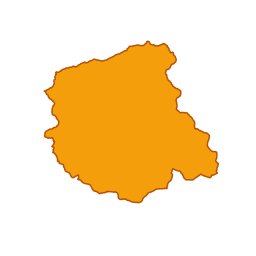 the district of Pallatanga, Chimborazo, Ecuador, rotated 59°
{"feature_id": "8360857B6755122070607", "entity_name": "Pallatanga", "entity_type": "district", "adm_level": 2, "iso_a3": "ECU", "parent_name": "Ecuador", "parent_adm1": "Chimborazo", "projection": "albers", "projection_center": [-78.941, -2.017], "detail": "fine", "context": "isolated", "style": "filled", "palette": "amber", "viewbox_px": 256, "rotation_deg": 59, "n_neighbors": 0, "source": "geoboundaries", "source_scale": "gbopen_adm2", "svg_char_len": 5742}
<svg xmlns="http://www.w3.org/2000/svg" viewBox="0 0 256 256"><g transform="rotate(59 128 128)"><path d="M151.3,195.0L153.2,193.7L156.4,190.2L157.6,189.8L158.7,189.7L162.7,190.0L164.7,189.4L165.7,188.2L166.8,187.4L167.6,187.2L168.0,186.7L169.4,186.5L169.8,185.8L170.2,184.1L170.6,183.4L170.5,182.9L171.5,181.3L171.5,180.1L172.0,179.2L171.6,178.7L171.6,178.4L172.6,177.5L173.2,176.2L176.0,172.7L176.0,171.9L177.7,170.8L178.6,170.6L180.5,170.9L182.5,172.1L183.2,172.2L183.6,172.2L184.5,171.9L185.5,171.0L185.8,170.6L186.4,168.6L187.4,167.7L187.6,166.5L187.9,166.3L188.8,166.3L189.1,166.2L191.2,164.1L193.4,162.7L197.4,157.4L197.7,156.6L198.0,154.3L195.9,151.0L195.6,150.3L195.4,147.4L194.3,144.4L194.2,142.8L194.6,141.8L194.9,140.2L195.0,139.0L194.9,135.6L195.2,134.7L195.8,133.3L197.7,130.0L198.9,127.2L199.9,126.0L199.7,125.4L198.6,125.1L198.2,124.7L197.5,123.6L196.3,122.8L196.1,122.4L195.1,120.3L195.2,119.6L194.9,118.0L192.5,115.2L191.1,113.9L190.4,113.8L189.2,114.1L188.9,113.9L186.9,111.8L186.1,110.9L186.0,110.6L186.3,110.3L188.3,109.1L189.6,108.1L191.6,106.0L192.3,105.6L192.8,105.5L194.0,105.7L195.3,105.3L196.1,105.1L198.7,105.7L200.4,105.6L202.5,104.9L202.8,104.3L203.3,103.0L205.0,100.8L205.6,99.7L205.9,98.9L205.6,96.7L205.3,91.2L205.0,89.5L207.2,88.2L208.4,87.3L212.7,83.5L212.9,83.1L212.5,81.6L211.8,81.0L211.6,80.6L212.2,79.7L212.3,79.2L212.6,75.7L212.8,74.9L212.0,74.6L210.5,74.6L210.2,74.4L209.9,73.6L208.2,72.5L207.2,70.9L206.5,70.3L205.8,70.0L205.6,69.4L205.2,69.0L204.7,69.0L202.9,69.7L201.5,69.8L200.5,69.1L200.0,68.3L199.8,67.7L199.5,67.4L198.9,67.2L198.4,66.9L197.8,66.4L196.1,65.2L194.6,64.6L193.6,64.9L191.8,67.4L191.2,67.9L190.2,68.4L189.3,68.7L186.0,69.2L185.0,69.2L184.3,69.0L184.0,69.1L182.6,68.1L181.4,67.2L179.0,64.2L177.4,62.7L176.8,62.3L176.1,62.2L175.0,62.3L172.7,63.1L171.8,64.7L171.4,65.1L170.0,65.7L168.6,66.8L167.9,67.0L166.9,68.1L166.2,68.2L164.6,68.9L163.6,70.0L163.4,70.4L163.5,70.7L163.3,70.8L162.9,70.9L162.2,70.8L161.0,70.1L160.2,69.8L158.8,68.7L157.6,68.0L156.8,67.8L154.4,68.1L151.9,68.0L150.7,68.4L149.7,68.9L147.9,69.0L146.9,69.5L145.8,69.5L144.3,71.1L142.5,73.6L142.2,74.7L141.9,75.3L141.2,75.6L139.4,75.9L138.5,76.6L137.4,76.6L137.1,76.8L136.5,76.6L134.9,75.1L133.8,74.3L130.9,73.1L129.8,72.9L128.3,72.0L128.0,71.4L127.6,71.0L127.4,70.2L127.4,69.9L127.7,69.1L127.3,67.7L127.4,66.7L127.2,66.3L125.4,64.9L124.4,64.4L123.7,63.8L121.9,64.2L121.7,64.5L121.2,64.8L120.2,65.1L119.7,65.7L118.7,66.4L118.0,66.7L117.5,67.3L116.1,67.4L115.1,68.0L114.7,68.0L113.9,67.7L112.5,68.2L111.9,67.9L111.2,67.8L110.1,68.1L109.4,68.0L108.5,68.7L107.4,68.8L104.9,68.6L103.9,68.1L103.2,68.0L102.6,67.6L102.2,67.5L101.2,67.9L99.8,67.3L98.6,66.0L98.0,65.1L98.5,62.1L96.7,59.0L96.0,58.2L96.0,57.8L96.4,55.7L95.8,53.3L95.5,52.6L94.4,51.6L93.8,51.3L90.8,50.8L90.5,50.8L89.5,51.3L88.5,51.1L87.2,50.5L86.8,50.5L85.8,51.0L85.7,52.6L85.4,52.8L83.8,52.5L82.8,52.7L81.8,52.3L80.7,52.2L79.7,52.0L78.8,52.5L77.8,52.0L77.5,52.0L76.6,52.7L75.5,52.9L74.8,53.3L73.7,54.3L73.8,55.8L73.2,59.7L72.5,60.5L72.3,61.6L72.1,61.9L71.4,62.2L71.0,62.7L70.3,62.8L70.0,63.0L69.3,64.4L68.3,65.2L67.3,65.6L66.3,65.7L65.3,65.4L64.3,65.9L63.7,66.8L63.7,67.4L63.8,67.6L64.3,67.8L64.5,68.3L64.8,70.0L65.2,71.8L65.1,72.6L64.5,73.5L64.3,74.3L62.4,76.1L62.1,77.2L61.4,77.8L61.3,78.1L61.1,79.4L60.4,81.0L60.1,82.2L59.5,83.5L58.8,84.5L59.1,85.5L59.7,86.9L59.8,88.0L60.7,88.8L60.9,89.4L60.2,90.9L60.0,95.0L60.1,96.9L59.5,98.6L59.0,101.0L59.2,103.5L58.9,105.6L58.9,107.3L58.7,107.7L58.5,108.9L58.8,111.2L58.0,113.0L57.3,115.7L56.1,117.1L54.8,118.1L54.1,119.3L52.4,120.6L51.4,122.1L51.6,123.5L51.3,124.5L51.3,125.2L50.8,126.5L50.9,127.6L51.0,127.8L51.1,128.8L50.6,130.4L49.2,131.1L49.1,131.3L49.1,133.1L48.5,135.1L48.8,136.8L48.5,138.2L48.8,139.1L48.8,141.2L47.8,142.3L46.8,142.9L46.8,145.2L46.0,146.2L45.9,148.5L45.2,149.1L44.7,150.5L44.6,151.0L44.9,151.7L44.2,153.5L44.1,154.3L44.3,155.3L44.7,155.8L44.6,156.2L44.3,156.6L44.5,158.8L44.0,159.7L43.1,160.4L43.2,161.2L43.5,161.5L44.8,161.5L44.8,162.4L45.5,162.8L46.5,164.4L48.3,164.9L48.7,165.5L48.9,166.9L51.9,168.3L53.3,170.4L54.1,172.7L54.1,173.2L53.6,173.8L53.7,175.3L53.9,176.0L53.5,178.1L53.7,179.2L53.6,180.0L53.2,180.6L53.3,180.7L54.5,180.0L55.3,180.2L56.1,180.1L57.3,180.4L58.1,179.8L58.5,179.7L59.1,179.8L60.5,180.3L61.3,180.1L62.2,180.1L63.3,179.7L63.7,179.2L64.0,179.0L65.4,178.8L66.2,178.3L66.7,178.6L67.7,178.2L68.8,178.1L69.2,178.3L69.9,179.0L70.3,179.7L70.3,180.5L72.3,182.9L74.7,184.7L76.6,185.5L77.2,185.7L78.5,185.4L79.6,184.4L80.8,184.0L81.8,184.0L83.2,184.4L83.8,184.1L84.5,184.0L85.9,183.9L86.9,184.0L87.7,184.5L89.1,186.0L89.7,187.1L89.6,188.0L90.2,188.9L89.9,190.8L89.4,191.1L89.6,192.7L89.6,194.0L88.7,195.6L88.7,199.2L88.8,200.6L89.4,201.6L90.9,202.6L91.5,203.3L92.0,203.7L92.4,203.7L92.9,203.5L95.6,201.7L95.7,201.4L95.5,201.0L95.6,200.6L96.9,199.7L97.2,198.3L97.3,197.9L97.6,197.8L99.1,197.9L99.8,198.4L100.5,198.2L101.2,198.6L101.4,198.5L101.4,198.0L101.6,197.9L102.3,198.4L102.7,198.8L102.8,199.4L103.6,200.0L104.4,202.2L104.8,202.7L105.2,202.7L106.2,201.6L106.7,201.6L107.7,202.5L108.2,203.5L109.2,203.9L110.3,205.0L110.6,205.0L111.4,204.2L111.8,204.0L113.6,203.9L114.6,203.5L115.5,204.0L116.5,203.8L117.2,204.1L118.2,204.3L119.9,205.4L120.4,205.5L120.6,205.4L120.9,204.7L121.2,204.4L121.6,204.5L122.1,204.8L122.8,205.0L123.2,204.9L125.5,202.7L126.1,202.4L126.9,202.5L128.1,203.1L129.3,203.1L132.4,203.8L132.8,203.8L134.6,202.5L136.6,201.4L137.6,201.4L140.0,201.7L140.8,201.6L141.5,201.4L142.2,200.9L142.4,200.5L142.5,200.0L142.5,198.6L142.3,198.0L142.6,196.9L142.5,195.4L142.8,194.8L143.7,195.0L144.7,195.8L145.6,196.1L145.6,196.9L146.0,197.3L146.3,197.3L147.0,197.0L147.2,196.2L147.6,195.9L148.7,195.5L151.3,195.0Z" fill="#f59e0b" stroke="#b45309" stroke-width="1.5"/></g></svg>